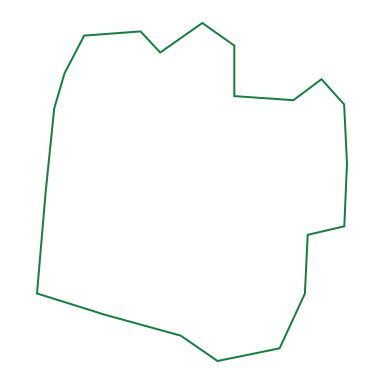 SVG path tracing the border of Nyíregyháza
{"feature_id": "HUN-4923", "entity_name": "Nyíregyháza", "entity_type": "Urban county", "adm_level": 1, "iso_a3": "HUN", "parent_name": "Hungary", "parent_adm1": "", "projection": "orthographic", "projection_center": [21.77, 47.935], "detail": "fine", "context": "isolated", "style": "outline", "palette": "green", "viewbox_px": 384, "rotation_deg": 0, "n_neighbors": 0, "source": "natural_earth", "source_scale": "10m", "svg_char_len": 377}
<svg xmlns="http://www.w3.org/2000/svg" viewBox="0 0 384 384"><path d="M202.3,23.0L234.3,45.6L234.3,96.1L293.4,100.2L321.5,79.2L344.1,104.4L347.0,163.2L344.3,226.3L307.7,234.8L304.9,293.6L279.6,348.3L217.5,361.0L180.8,335.7L104.7,314.7L37.0,293.5L45.6,192.6L54.2,108.6L64.5,73.4L84.2,35.6L140.5,31.4L160.2,52.5L202.3,23.0Z" fill="none" stroke="#15803d" stroke-width="2"/></svg>